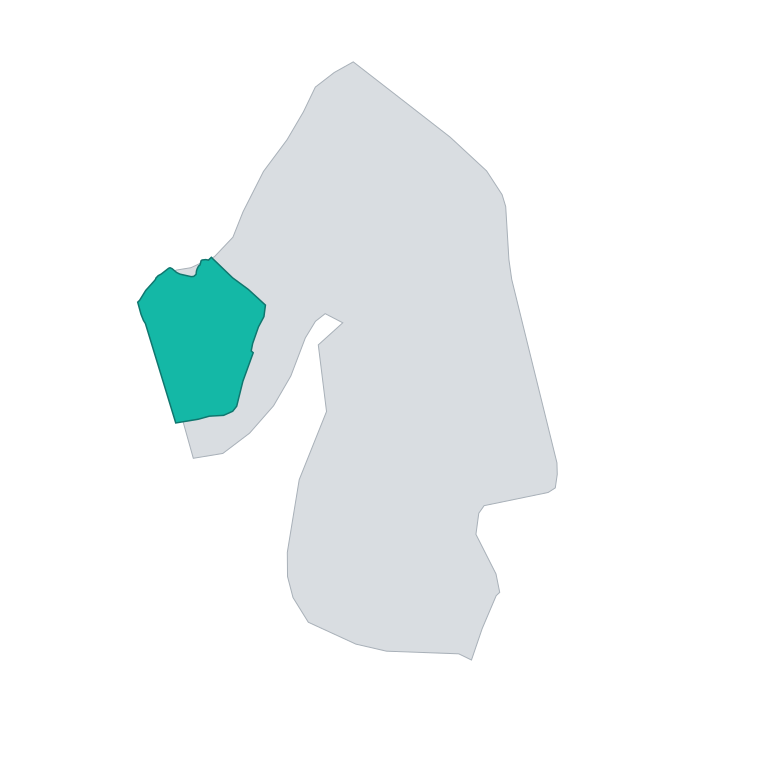 Ali Sabeh, Ali Sabieh, Djibouti (highlighted), rotated 132°
{"feature_id": "41766387B65421474667097", "entity_name": "Ali Sabeh", "entity_type": "district", "adm_level": 2, "iso_a3": "DJI", "parent_name": "Djibouti", "parent_adm1": "Ali Sabieh", "projection": "orthographic", "projection_center": [42.832, 11.234], "detail": "fine", "context": "in_parent", "style": "filled", "palette": "teal", "viewbox_px": 768, "rotation_deg": 132, "n_neighbors": 0, "source": "geoboundaries", "source_scale": "gbopen_adm2", "svg_char_len": 1457}
<svg xmlns="http://www.w3.org/2000/svg" viewBox="0 0 768 768"><g transform="rotate(132 384 384)"><path d="M566.8,476.0L542.8,513.9L512.1,562.4L477.2,617.6L455.4,617.9L438.5,614.7L426.9,605.4L402.9,595.2L376.0,594.5L350.3,604.0L306.7,615.8L267.3,619.5L235.6,626.0L209.3,633.7L185.7,629.4L165.2,622.4L160.9,563.8L156.3,500.1L157.0,450.3L164.3,422.9L170.7,412.3L207.9,374.5L220.8,359.1L263.3,296.5L299.7,242.8L326.9,202.7L335.2,194.8L346.6,187.2L354.7,189.4L407.4,228.2L416.6,227.1L434.2,215.1L450.2,173.7L461.4,158.6L466.2,159.0L500.0,147.4L530.6,134.3L534.5,147.9L580.9,203.4L596.1,230.8L611.7,280.8L603.6,308.7L591.6,326.9L573.8,343.2L511.8,383.0L442.9,408.3L398.9,459.0L366.1,455.6L371.1,474.8L383.3,476.9L402.4,473.3L440.4,458.6L474.1,451.5L510.4,451.0L543.4,457.3L566.8,476.0Z" fill="#d9dde1" stroke="#a8b0b8" stroke-width="1"/><path d="M448.3,502.1L448.3,504.8L441.8,508.7L425.6,515.5L414.3,518.3L404.7,524.9L404.5,548.1L406.4,567.6L405.4,597.1L409.4,597.3L410.8,599.7L413.6,602.2L414.8,602.4L418.6,600.4L420.4,600.7L423.2,600.0L425.5,599.0L428.3,597.0L431.4,597.4L433.3,599.2L433.4,599.4L438.9,609.2L439.9,612.7L440.1,618.8L440.8,620.8L442.1,621.5L451.2,623.1L453.0,623.7L454.5,624.3L457.9,624.4L459.2,623.8L462.0,623.7L473.9,623.7L485.4,621.6L488.0,621.8L494.8,611.2L497.7,605.3L498.7,601.8L552.3,512.7L534.1,498.2L524.8,492.3L514.6,482.2L505.5,478.2L499.1,478.6L476.4,490.7L448.3,502.1Z" fill="#14b8a6" stroke="#0f766e" stroke-width="1.5"/></g></svg>